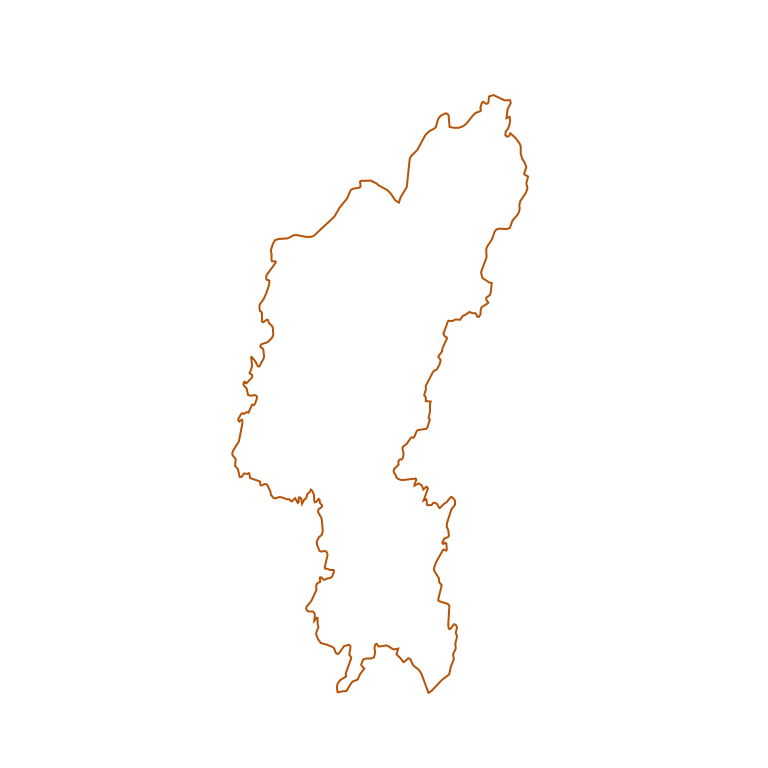 the border of Mogilev, rotated 287°
{"feature_id": "BLR-2340", "entity_name": "Mogilev", "entity_type": "Region", "adm_level": 1, "iso_a3": "BLR", "parent_name": "Belarus", "parent_adm1": "", "projection": "equal_earth", "projection_center": [29.938, 53.567], "detail": "fine", "context": "isolated", "style": "outline", "palette": "amber", "viewbox_px": 768, "rotation_deg": 287, "n_neighbors": 0, "source": "natural_earth", "source_scale": "10m", "svg_char_len": 6152}
<svg xmlns="http://www.w3.org/2000/svg" viewBox="0 0 768 768"><g transform="rotate(287 384 384)"><path d="M485.8,236.8L489.7,237.7L491.9,240.9L495.1,249.3L499.9,254.2L500.9,256.8L501.9,266.4L503.3,271.1L505.3,273.6L529.5,287.6L539.7,290.0L550.8,294.5L558.6,295.3L560.1,295.8L561.6,297.1L564.7,303.3L566.4,303.8L570.4,301.9L571.5,302.5L574.8,312.6L574.2,313.9L573.8,317.6L572.3,321.2L570.3,330.7L568.0,334.9L562.9,341.1L561.8,345.2L567.4,345.3L578.9,348.2L606.7,342.8L609.7,343.2L617.5,347.4L634.3,350.8L639.0,353.4L643.3,357.7L645.2,358.5L651.8,358.3L654.5,358.6L657.1,359.8L660.7,363.5L661.0,364.7L660.7,366.0L659.8,367.2L649.0,371.6L649.4,375.9L650.8,380.4L653.3,383.9L656.5,386.4L666.9,390.6L670.0,392.3L673.1,396.4L674.1,396.7L676.3,395.4L680.9,395.3L682.9,396.2L681.8,399.3L682.5,401.1L684.0,401.5L689.7,400.4L692.3,404.2L690.5,416.4L692.3,421.6L689.7,423.1L683.3,421.8L674.0,423.4L676.2,426.0L672.7,427.6L668.4,428.2L664.2,427.9L660.9,426.6L657.4,427.3L656.5,429.3L657.7,431.1L660.7,431.6L657.7,438.0L653.6,443.4L651.2,445.3L644.2,447.4L639.9,450.3L636.6,454.0L633.0,456.7L626.0,456.5L625.4,457.2L624.9,458.7L624.8,460.7L624.2,461.2L617.7,461.4L613.0,464.0L608.4,463.8L598.6,460.8L594.7,461.1L591.3,462.5L588.1,462.8L584.9,462.2L578.0,459.1L570.1,458.7L568.0,456.1L566.4,449.2L564.6,446.3L562.2,445.3L553.7,444.9L545.6,442.5L542.9,442.3L535.2,445.0L519.2,444.1L514.2,447.1L511.8,455.2L512.1,457.5L503.4,459.2L500.0,459.3L496.9,456.8L495.2,456.8L494.1,457.5L492.4,459.9L491.8,459.9L485.9,454.9L484.1,454.7L478.4,455.9L476.0,455.1L475.5,453.7L477.9,451.6L478.4,450.5L477.5,447.7L477.9,444.6L473.9,441.6L472.3,439.5L467.7,438.0L466.7,433.6L464.3,431.1L463.3,427.2L462.4,426.8L449.6,426.1L447.6,427.7L446.7,430.7L445.4,430.8L435.6,429.5L432.1,429.9L426.3,427.9L425.2,428.6L424.2,430.4L423.2,431.2L419.3,431.4L413.9,430.4L412.8,429.9L411.9,428.5L409.8,427.3L394.4,424.5L390.9,425.7L385.2,425.6L383.2,428.0L379.9,428.9L380.9,433.8L378.4,433.8L371.6,436.0L364.6,436.6L363.5,438.2L355.7,438.3L353.5,437.6L349.8,429.8L348.5,429.1L341.5,428.3L340.9,425.9L340.1,425.3L333.3,423.2L329.8,420.6L328.0,420.3L323.0,423.2L318.5,423.6L316.8,422.8L316.6,421.5L315.4,420.6L313.8,420.5L310.9,421.5L306.1,418.7L303.9,418.5L302.2,419.5L300.6,421.5L298.5,423.0L297.5,424.7L297.2,427.6L297.6,430.0L302.8,441.9L302.6,442.5L301.6,442.9L297.5,442.5L295.7,442.9L299.1,446.2L298.1,449.7L294.6,452.5L298.1,454.5L298.0,455.5L296.8,456.6L284.1,455.9L286.1,457.8L286.0,458.3L281.2,460.4L280.8,461.1L282.2,464.9L284.7,465.8L285.3,467.5L285.0,469.4L282.0,472.7L281.6,473.6L286.0,475.8L289.5,478.5L295.1,480.8L295.8,481.7L294.1,485.1L292.7,486.3L289.0,487.2L283.7,485.1L269.4,484.9L265.8,485.7L263.2,488.1L258.1,490.4L256.5,490.1L253.7,486.8L249.7,486.2L248.9,486.4L248.3,487.3L250.0,488.9L249.8,490.2L243.9,492.5L242.8,492.0L243.2,489.6L242.6,489.0L229.5,486.0L223.9,485.6L221.0,486.0L219.5,487.2L214.5,493.1L210.4,494.9L208.6,498.0L193.2,498.9L192.4,500.1L192.4,509.0L191.2,511.3L172.3,515.9L169.3,517.3L168.7,518.4L169.6,519.3L174.7,521.1L174.7,522.9L172.8,525.0L167.2,525.3L163.9,527.7L156.5,528.1L152.2,529.9L145.7,529.1L141.3,531.3L133.7,530.6L125.3,531.2L117.6,525.7L104.6,519.3L101.7,516.8L117.6,504.7L120.9,500.8L123.4,494.3L128.3,489.8L128.9,488.7L128.7,487.3L124.4,484.8L123.7,483.8L126.4,480.3L129.1,475.0L135.1,474.9L133.5,472.1L133.0,470.2L134.6,464.6L134.7,462.7L132.0,457.3L131.5,455.3L133.3,453.2L133.3,452.6L132.3,451.9L129.0,452.0L124.7,454.0L119.7,454.4L117.7,451.9L116.4,447.4L114.4,444.6L108.9,444.2L108.0,445.0L106.1,448.3L99.9,446.0L94.2,445.3L93.2,444.8L90.7,441.4L88.9,440.3L79.4,437.8L77.7,433.5L75.7,430.4L75.7,429.7L80.0,427.7L84.0,427.2L88.2,428.8L93.1,433.2L96.1,432.0L111.6,432.8L113.0,432.5L115.0,429.9L122.3,429.0L123.7,428.3L124.4,426.7L121.6,422.4L113.7,419.8L112.3,418.8L112.2,418.1L112.9,416.4L116.5,413.6L117.4,411.9L118.0,405.8L117.8,399.4L120.7,395.5L124.8,392.3L127.1,391.9L132.3,392.4L135.0,390.7L140.9,388.8L140.7,387.9L137.2,386.6L143.0,385.4L144.9,384.1L145.7,382.3L144.7,379.6L144.5,377.4L145.2,376.2L146.6,375.2L148.4,375.1L155.3,377.9L167.3,379.6L170.5,378.3L173.0,378.2L174.3,378.8L176.3,380.9L179.9,379.2L180.4,379.4L180.8,380.5L179.4,382.9L179.2,384.1L180.9,385.9L183.3,389.9L185.0,390.8L190.6,390.9L191.4,390.2L190.4,386.8L190.7,383.6L190.3,381.4L191.5,380.9L203.5,380.1L205.3,379.4L206.4,378.4L207.1,376.8L205.4,372.8L205.6,371.0L211.3,366.6L213.8,365.7L218.6,366.6L221.3,368.5L225.4,368.5L235.7,364.3L237.9,363.0L241.8,358.8L243.0,358.1L245.3,358.1L247.6,360.1L249.1,360.5L250.0,360.1L251.4,357.6L254.7,356.0L255.0,355.0L251.2,353.7L250.7,352.4L251.5,351.6L257.6,349.4L260.8,346.6L261.6,345.0L258.6,344.4L256.5,342.9L252.0,343.0L250.0,341.5L245.5,340.7L250.2,338.3L251.0,337.0L250.7,335.9L250.1,335.7L246.2,337.0L245.1,336.3L248.8,332.4L244.9,330.3L244.7,329.3L246.2,327.0L245.4,325.4L245.7,318.9L245.1,316.6L242.9,313.7L242.7,311.8L244.8,308.4L248.4,306.5L253.7,301.5L253.4,299.0L251.3,296.8L251.1,296.0L251.7,295.0L254.2,294.1L254.6,293.6L254.9,283.5L258.1,281.9L259.3,280.7L258.0,279.4L257.5,276.4L253.6,275.1L252.9,273.2L259.8,269.2L262.1,265.5L268.9,264.1L271.5,260.1L273.4,259.1L277.0,259.4L286.6,262.0L304.2,260.2L307.3,259.4L308.3,258.7L308.1,258.0L305.8,256.6L306.7,255.2L308.4,254.9L314.1,256.4L314.7,257.3L314.5,259.0L317.0,260.8L316.9,262.8L325.6,263.9L325.6,265.6L327.9,266.5L333.5,266.6L334.7,266.2L335.7,264.6L335.5,263.4L333.9,260.3L333.7,257.3L339.7,253.8L341.1,251.2L342.4,249.7L344.3,249.4L345.5,250.0L345.4,250.8L344.4,251.5L344.5,252.3L352.0,256.0L354.0,255.3L354.9,252.4L362.4,252.7L370.7,249.1L371.2,249.3L371.0,249.8L368.6,253.7L364.1,258.1L363.9,258.6L364.3,259.6L372.9,261.4L375.2,261.3L381.5,258.6L382.7,257.2L383.0,255.4L384.5,254.5L386.4,255.3L389.2,259.6L391.3,261.3L395.5,263.4L398.7,263.8L405.4,261.2L406.8,259.9L408.5,256.3L411.2,254.4L411.5,254.0L411.1,253.0L407.9,250.7L408.0,249.0L415.9,246.7L417.0,245.8L417.7,243.9L421.0,242.4L423.7,241.9L429.7,244.0L436.3,244.9L445.2,245.1L449.2,244.3L449.6,243.4L449.3,241.7L449.7,241.0L451.1,240.2L453.6,239.8L468.5,245.0L469.6,244.3L468.6,241.1L469.4,240.2L474.8,238.7L478.8,236.7L485.8,236.8Z" fill="none" stroke="#b45309" stroke-width="2"/></g></svg>